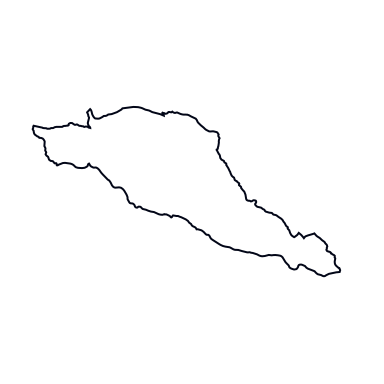 outline of Providencia, Nariño, Colombia, rotated 128°
{"feature_id": "7082276B88389252568355", "entity_name": "Providencia", "entity_type": "district", "adm_level": 2, "iso_a3": "COL", "parent_name": "Colombia", "parent_adm1": "Nariño", "projection": "albers", "projection_center": [-77.599, 1.239], "detail": "fine", "context": "isolated", "style": "outline", "palette": "ink", "viewbox_px": 384, "rotation_deg": 128, "n_neighbors": 0, "source": "geoboundaries", "source_scale": "gbopen_adm2", "svg_char_len": 6041}
<svg xmlns="http://www.w3.org/2000/svg" viewBox="0 0 384 384"><g transform="rotate(128 192 192)"><path d="M252.6,313.9L248.7,311.6L247.2,310.0L244.5,305.3L244.0,304.0L243.7,302.2L244.0,299.2L243.9,298.6L243.2,296.8L240.9,293.4L239.0,291.5L236.9,290.5L235.8,290.3L234.1,290.9L233.6,290.9L233.0,290.6L233.8,288.6L234.0,287.6L233.8,286.2L233.5,284.9L233.2,284.3L232.0,283.0L231.7,282.4L231.5,281.2L231.5,280.3L231.7,278.7L232.7,275.4L233.1,273.2L234.1,266.0L233.9,264.3L234.6,262.0L236.0,259.2L236.4,257.4L236.3,256.3L235.9,255.2L233.3,252.4L232.8,251.5L232.3,250.3L232.3,247.9L232.8,245.9L234.4,241.9L235.7,239.7L236.9,238.7L237.4,238.2L238.8,234.9L238.9,234.1L238.7,233.4L237.6,231.7L237.5,230.9L237.6,229.7L237.9,228.9L238.6,228.0L238.7,226.9L238.6,226.5L238.2,225.7L237.7,225.4L236.9,225.3L236.5,225.1L236.2,224.8L235.5,223.7L235.4,223.1L235.7,221.3L235.7,220.4L234.3,217.3L233.7,215.0L232.7,212.3L231.2,209.6L230.0,204.6L229.4,203.2L228.3,201.4L227.4,200.7L226.5,200.2L226.4,199.5L225.7,198.9L225.5,198.5L225.2,197.6L224.6,194.7L224.9,193.1L224.8,192.7L224.1,192.4L222.6,192.6L222.1,192.5L220.5,189.5L219.5,188.2L219.1,186.6L218.5,184.9L217.4,180.0L217.3,177.3L217.9,175.4L217.8,173.0L218.3,171.9L218.5,171.1L218.4,169.9L218.0,168.4L217.9,167.4L218.1,166.5L218.6,165.4L217.8,164.5L216.5,161.3L216.3,160.2L216.3,158.2L216.8,155.0L216.6,154.0L215.7,152.7L215.7,152.0L215.8,151.3L216.7,149.4L217.0,148.4L217.1,147.6L217.0,145.8L216.3,138.4L216.1,136.9L215.5,134.4L214.5,132.1L212.5,128.5L212.2,127.5L211.7,124.2L211.4,123.2L211.0,122.4L209.2,119.9L207.8,116.3L205.7,111.6L205.2,110.8L203.9,109.4L203.6,108.3L202.6,106.5L201.1,102.4L200.6,99.6L200.0,98.1L199.4,97.1L197.6,95.2L194.3,92.7L192.9,90.3L191.5,88.9L190.4,87.6L189.0,85.4L187.9,83.3L187.6,82.1L187.7,80.5L189.7,75.2L190.0,73.4L190.3,70.9L190.5,70.3L191.2,69.2L191.4,68.7L191.4,67.8L191.2,66.5L190.3,64.0L189.8,63.4L188.5,62.3L187.5,62.1L185.7,62.3L184.6,62.8L183.7,62.8L182.7,62.2L181.9,61.2L181.5,60.2L180.8,57.4L181.2,55.3L181.1,53.6L179.1,47.1L179.0,46.1L179.2,45.6L179.4,44.0L179.4,42.7L179.3,42.1L178.0,39.2L177.6,37.1L177.1,36.1L176.2,35.4L174.9,35.0L172.2,33.7L166.5,28.9L165.1,27.4L164.1,26.4L162.4,27.1L161.4,28.7L161.3,29.0L161.6,29.2L161.4,32.8L161.1,34.1L160.6,35.1L159.8,36.0L158.7,36.9L156.3,38.1L155.9,38.6L155.8,39.2L154.4,40.2L154.3,41.4L154.7,43.1L154.4,45.2L154.6,45.2L154.4,45.7L154.3,45.8L154.3,46.2L154.5,47.0L154.9,47.6L155.0,48.2L155.3,48.8L155.3,49.4L155.0,50.0L154.9,50.4L154.7,50.6L153.7,50.8L152.7,51.6L151.7,51.8L151.0,52.7L150.6,53.5L150.4,55.4L149.9,56.3L149.8,57.2L149.9,59.8L149.6,63.0L149.9,65.8L149.9,66.9L149.3,70.1L150.1,70.5L154.7,73.8L156.8,75.1L157.6,75.4L159.5,75.4L159.1,76.8L158.6,79.5L158.5,82.7L160.5,82.6L161.4,82.7L164.3,83.5L164.7,83.7L164.9,85.7L164.8,87.2L163.9,89.4L162.3,91.8L162.0,93.8L161.7,94.3L161.0,94.6L160.8,94.8L160.7,95.1L160.8,96.2L160.7,97.1L159.4,99.9L159.0,101.8L158.6,102.6L158.3,103.4L158.1,105.2L158.4,108.6L158.4,111.1L158.9,112.4L159.6,113.8L159.7,114.2L159.4,115.5L159.4,116.3L160.7,118.4L162.0,121.7L162.0,122.8L161.5,123.9L161.5,124.5L161.8,125.5L161.8,127.9L162.1,128.6L163.3,131.1L163.5,131.9L163.3,133.8L163.0,134.5L162.5,134.9L160.9,135.0L160.3,135.3L159.7,136.0L159.6,136.6L160.3,138.0L160.6,138.4L161.3,138.8L162.5,139.2L163.2,139.9L163.3,140.8L163.6,141.5L164.2,142.2L164.5,143.2L164.6,143.9L164.4,144.6L163.8,145.4L161.2,148.2L159.5,151.1L159.3,152.8L158.7,155.4L158.6,155.7L158.0,156.2L157.7,156.8L157.7,159.1L157.5,159.4L156.4,159.8L156.1,160.4L156.2,162.2L155.9,163.5L156.2,164.5L156.2,165.7L154.8,167.7L154.9,169.3L154.7,170.8L153.4,173.3L152.6,174.4L152.2,175.5L150.9,178.0L149.6,181.7L149.0,182.0L148.5,182.6L148.7,184.7L147.9,185.9L147.9,186.4L148.2,187.7L148.3,188.9L147.9,190.1L147.8,190.6L146.1,192.5L145.5,193.7L145.5,194.4L145.0,195.4L144.4,196.8L144.1,197.3L143.7,198.5L143.4,198.7L142.5,198.3L141.9,198.4L140.8,199.1L139.8,199.4L137.8,200.5L136.3,201.4L135.7,202.0L134.4,202.8L133.5,203.2L132.6,203.4L131.9,205.4L131.5,205.9L130.2,206.5L130.1,207.2L129.7,208.0L129.5,208.7L129.7,209.6L130.6,211.6L131.2,212.8L133.1,214.9L133.7,215.9L134.3,219.1L134.3,220.8L134.1,222.3L134.0,226.1L133.6,229.7L133.2,231.0L132.4,232.4L131.9,234.2L133.1,239.6L133.4,241.7L134.0,243.4L136.2,246.3L136.9,247.5L137.6,249.2L138.5,252.7L139.0,253.2L139.9,253.8L140.5,254.6L140.9,256.3L140.8,257.0L142.0,257.4L143.0,259.3L143.3,259.6L143.6,259.8L145.1,259.9L145.5,260.1L146.6,260.9L146.9,261.8L147.0,262.6L147.4,263.1L147.8,264.8L148.4,262.0L149.2,261.2L150.2,264.9L153.5,272.5L154.0,275.1L154.3,276.2L155.8,279.4L156.6,282.8L157.1,284.2L158.3,286.7L161.0,290.5L168.9,298.3L170.5,298.4L175.3,300.3L180.1,303.3L182.5,305.7L184.1,306.2L185.1,306.8L186.4,308.3L188.3,308.9L190.3,309.8L191.2,310.3L192.1,311.2L193.6,313.5L193.7,314.0L193.5,315.3L193.2,316.3L192.3,318.3L190.5,320.6L189.7,321.9L189.5,322.6L189.4,323.3L193.8,323.7L194.9,321.6L196.1,320.3L196.7,319.0L197.1,318.7L201.6,316.7L202.1,316.3L203.5,314.2L203.6,312.7L203.9,311.9L204.2,311.6L204.9,313.2L204.9,314.5L205.0,314.9L206.0,316.2L207.1,317.0L207.3,318.4L207.9,319.1L208.4,320.4L209.2,321.5L209.3,322.0L209.4,323.6L209.6,324.3L210.9,325.3L211.2,325.7L211.4,326.8L211.5,328.9L212.1,329.8L212.6,330.4L214.0,331.0L215.0,330.8L215.3,330.4L216.0,330.6L216.6,331.2L217.1,331.8L217.9,332.5L218.7,333.5L219.6,334.1L220.0,334.1L220.7,334.5L224.1,338.9L225.5,340.1L226.9,340.7L227.2,340.9L228.4,342.4L229.3,342.8L230.0,343.4L231.3,345.1L231.5,346.1L232.9,348.1L233.4,349.1L233.4,349.5L237.3,357.6L238.2,357.4L239.2,356.6L240.2,356.4L240.7,356.1L241.3,354.4L242.0,353.8L243.1,352.4L243.4,351.5L243.5,350.9L243.4,348.1L243.0,346.9L243.3,345.7L242.2,344.0L241.8,342.5L242.0,341.2L242.6,339.7L242.8,339.3L243.3,338.9L246.7,336.6L247.6,334.7L247.9,334.3L249.7,333.2L250.3,331.7L250.5,331.3L252.4,330.6L252.9,329.2L252.9,327.1L253.1,326.7L254.5,324.6L254.5,322.7L254.4,322.3L253.8,321.5L253.4,320.3L253.9,318.4L253.9,317.8L253.0,316.9L252.9,316.6L253.0,316.2L254.0,315.3L254.1,314.7L253.5,314.2L252.6,313.9Z" fill="none" stroke="#020617" stroke-width="2"/></g></svg>